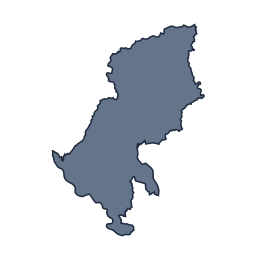 the district of Huong Thuy, Thừa Thiên - Huế, Vietnam, rotated 184°
{"feature_id": "81297802B27432396017289", "entity_name": "Huong Thuy", "entity_type": "district", "adm_level": 2, "iso_a3": "VNM", "parent_name": "Vietnam", "parent_adm1": "Thừa Thiên - Huế", "projection": "robinson", "projection_center": [107.606, 16.324], "detail": "fine", "context": "isolated", "style": "filled", "palette": "slate", "viewbox_px": 256, "rotation_deg": 184, "n_neighbors": 0, "source": "geoboundaries", "source_scale": "gbopen_adm2", "svg_char_len": 5826}
<svg xmlns="http://www.w3.org/2000/svg" viewBox="0 0 256 256"><g transform="rotate(184 128 128)"><path d="M68.6,235.8L70.1,235.0L71.8,233.6L73.3,233.0L75.4,232.8L78.1,234.1L79.7,234.5L80.0,234.3L80.7,232.7L83.3,232.5L85.4,231.6L86.9,231.8L87.8,231.7L90.2,232.6L92.7,232.4L98.6,229.2L98.8,228.3L98.6,225.9L99.1,224.3L100.5,224.6L101.8,225.2L102.8,222.6L103.3,221.8L104.2,221.1L105.9,220.7L107.3,221.1L108.3,221.6L109.4,221.7L111.9,220.5L114.9,218.0L116.7,218.1L117.5,217.8L119.3,218.4L120.1,218.3L121.7,216.0L125.4,215.0L126.4,215.2L126.7,214.0L127.4,212.6L129.7,210.7L130.6,207.7L131.9,207.5L133.5,206.7L134.5,207.0L135.2,207.8L137.3,207.3L140.7,207.3L141.3,206.2L140.9,204.9L141.5,203.5L141.7,203.4L143.1,203.8L143.3,203.0L144.1,202.3L144.2,201.6L145.1,201.5L146.3,200.6L146.7,200.6L147.4,201.1L148.6,201.0L148.8,200.1L150.3,197.9L150.6,196.9L150.6,196.3L149.8,195.4L149.9,193.4L151.5,191.7L152.0,190.9L152.5,189.0L152.1,188.4L150.1,188.0L148.4,187.1L147.6,186.4L147.6,185.7L148.0,182.1L148.2,181.6L149.2,181.2L150.7,181.5L152.4,181.6L153.0,181.1L153.2,179.9L152.6,178.7L150.8,176.5L150.6,176.0L151.0,174.4L150.7,173.7L149.0,172.9L146.0,172.9L145.1,172.0L144.7,170.5L144.0,169.9L144.2,169.3L143.9,168.5L144.1,167.4L143.8,166.4L143.2,166.3L143.0,165.4L142.1,164.6L142.0,164.3L142.5,164.0L142.4,163.3L141.5,162.9L140.1,160.9L140.7,159.2L140.2,158.5L140.8,157.5L141.1,156.1L141.8,155.6L143.5,155.7L144.4,156.3L144.9,157.2L145.7,156.8L147.2,156.5L149.2,156.9L150.6,155.7L152.0,155.3L153.6,155.4L155.2,154.8L156.6,153.7L157.8,153.4L157.2,151.8L157.5,150.8L158.0,149.9L160.0,148.0L160.0,147.3L159.3,145.6L159.5,145.1L162.3,141.7L162.7,140.9L162.7,139.4L163.3,138.0L163.8,137.5L164.5,137.2L164.0,136.3L164.2,134.4L165.5,133.1L164.9,132.4L165.4,130.5L166.1,128.9L166.5,128.6L166.7,127.8L168.5,124.1L169.8,122.6L170.2,120.6L170.1,119.1L169.7,118.6L170.0,117.8L170.7,116.9L171.3,114.3L172.1,112.7L172.5,112.0L173.7,111.4L174.8,110.3L176.6,109.2L177.3,108.2L177.5,107.6L179.3,106.8L181.8,102.3L184.8,97.8L186.3,98.5L188.3,96.4L189.1,97.6L190.3,95.2L190.2,92.8L190.7,90.6L192.1,91.4L191.6,93.9L192.4,94.7L193.9,93.9L194.9,95.6L196.3,97.6L197.2,97.5L197.6,98.1L198.3,98.5L198.9,98.4L200.2,99.6L201.6,99.9L201.2,98.5L201.4,95.8L199.9,92.2L199.3,89.8L198.8,88.8L195.4,84.4L194.2,83.6L191.4,82.6L190.3,81.9L189.1,79.7L188.2,74.8L187.2,72.8L185.8,71.3L184.6,70.6L179.7,68.3L177.8,66.9L176.7,65.1L176.3,64.0L176.3,60.3L175.7,59.3L174.0,57.8L172.7,57.2L171.7,56.8L168.8,56.4L165.1,58.0L163.9,58.7L162.2,59.2L161.5,58.9L160.6,58.1L157.3,53.6L155.1,51.3L154.3,51.2L152.0,51.7L150.3,51.4L149.3,50.4L148.5,49.2L147.8,47.3L147.1,46.1L146.1,45.7L143.6,45.6L143.0,45.2L142.8,44.5L143.3,42.8L143.2,42.0L142.5,39.9L141.8,38.8L139.5,37.2L137.5,36.4L137.1,35.8L136.6,33.7L137.0,32.4L138.0,31.4L141.6,30.9L142.1,30.6L142.7,29.3L142.7,28.8L142.3,27.8L141.8,27.2L140.5,26.4L135.9,25.1L130.9,21.5L126.3,20.2L123.3,21.6L120.1,21.6L118.8,21.9L118.0,23.1L118.0,24.4L116.8,24.7L116.1,25.7L115.2,26.3L114.9,26.8L115.4,27.9L115.4,29.6L117.3,31.5L118.2,31.3L120.5,31.6L122.4,32.4L123.8,32.0L126.8,32.6L128.3,32.3L128.3,35.8L131.1,40.1L128.5,40.7L127.3,40.6L126.6,40.5L126.6,39.8L124.3,39.5L125.1,44.4L124.5,44.5L124.5,44.8L124.0,45.0L124.0,45.3L123.3,45.5L123.4,46.7L122.6,47.9L121.0,46.9L120.2,46.9L119.6,48.4L118.5,49.5L119.1,50.3L119.1,51.8L119.6,53.0L119.5,54.1L120.0,55.7L119.9,56.4L118.4,58.3L118.3,59.5L118.8,62.0L117.8,63.9L118.2,64.6L119.0,64.8L119.1,65.1L119.3,66.3L119.0,66.9L119.0,68.2L119.8,70.8L120.0,70.9L120.0,72.5L120.3,72.6L121.1,74.0L121.6,74.1L122.2,74.9L122.2,75.1L121.7,75.0L119.2,80.0L118.1,79.6L117.6,77.6L116.6,75.7L107.1,73.8L106.5,72.6L106.5,71.5L105.9,68.1L105.2,67.8L103.9,66.1L102.4,65.5L101.9,63.0L101.5,63.4L100.5,63.5L99.5,64.7L97.0,66.0L96.9,63.8L93.0,62.8L92.8,66.5L92.9,67.9L93.4,69.7L94.1,71.6L95.4,74.2L98.0,77.4L99.2,79.4L99.7,82.9L99.9,86.0L100.5,87.9L102.3,89.9L105.7,92.4L107.3,93.8L107.9,94.0L108.5,93.9L110.5,92.8L111.2,92.8L114.3,95.6L116.5,98.4L116.6,99.5L116.6,101.1L116.4,102.0L116.5,103.4L117.2,107.7L117.8,108.8L117.3,109.7L116.6,109.8L116.3,110.8L116.5,111.2L117.4,111.0L117.3,111.6L117.6,112.2L117.5,112.5L116.8,113.1L116.7,112.3L115.8,111.8L115.4,112.6L114.9,112.3L114.4,113.3L113.7,112.9L113.5,113.5L112.4,114.1L111.7,115.4L111.3,115.0L111.1,115.1L110.6,116.6L110.2,116.6L109.1,113.3L102.6,114.9L99.6,114.7L96.0,114.0L95.8,115.2L93.4,118.2L89.5,119.3L89.3,120.1L90.2,121.6L90.3,123.3L90.0,124.8L88.1,124.9L86.7,126.9L85.1,128.6L84.1,128.2L82.8,129.2L82.1,129.4L81.4,128.8L80.3,129.7L79.7,129.8L78.9,129.7L76.7,128.3L76.2,129.2L75.4,130.0L74.0,130.4L73.7,131.1L74.6,132.3L75.5,134.7L75.4,135.7L75.7,136.9L75.2,138.5L75.3,139.1L76.2,139.9L75.9,141.5L75.3,142.4L75.0,143.6L75.5,144.4L75.7,145.4L75.1,147.2L76.0,148.9L75.9,149.2L72.3,152.4L71.4,154.2L70.9,154.5L70.7,155.4L68.2,156.3L66.7,156.3L66.9,157.0L66.4,157.9L64.8,158.6L63.0,160.1L60.8,161.1L60.6,162.5L57.7,162.9L56.4,162.7L55.1,163.9L54.4,164.9L54.5,165.9L54.9,166.3L55.8,166.3L57.2,165.5L57.8,165.6L58.1,168.3L57.6,169.8L57.8,171.2L58.4,171.9L60.8,172.3L61.4,172.9L61.5,173.5L61.1,175.2L60.4,176.1L58.8,176.9L58.7,177.4L59.0,178.1L59.5,178.7L60.3,178.9L61.5,178.1L62.7,176.7L63.4,176.5L64.1,176.9L64.7,178.7L66.0,179.8L66.0,180.2L65.6,181.8L65.7,182.8L66.2,183.8L67.5,185.1L68.0,187.5L69.0,189.4L69.5,192.0L70.9,193.3L71.8,194.8L71.3,196.7L72.7,198.3L73.3,200.4L73.2,201.0L72.5,202.1L73.0,203.4L73.0,203.8L72.4,204.9L72.4,206.7L72.9,208.3L72.9,209.0L72.1,209.3L70.4,209.2L69.4,210.3L67.7,210.0L67.4,210.4L67.6,211.0L69.5,211.8L69.4,213.2L70.6,214.1L70.9,214.9L69.7,217.1L69.4,218.6L68.3,218.6L67.7,219.0L68.0,220.2L67.8,220.9L67.9,221.4L68.8,222.6L69.0,223.6L68.0,224.2L68.0,225.4L65.9,226.8L66.9,228.6L66.6,230.3L67.5,230.5L67.6,230.8L67.6,232.8L66.9,232.9L66.8,233.4L68.3,233.9L68.6,235.8Z" fill="#64748b" stroke="#1e293b" stroke-width="1.5"/></g></svg>